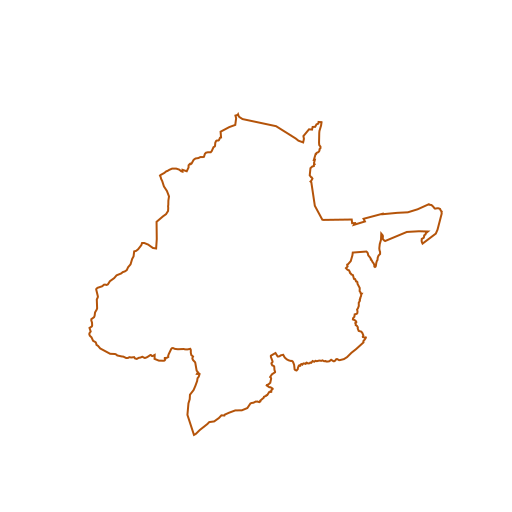 Terrenate, Tlaxcala, Mexico (Albers equal-area conic projection), rotated 151°
{"feature_id": "50627088B28943276063630", "entity_name": "Terrenate", "entity_type": "district", "adm_level": 2, "iso_a3": "MEX", "parent_name": "Mexico", "parent_adm1": "Tlaxcala", "projection": "albers", "projection_center": [-97.935, 19.48], "detail": "fine", "context": "isolated", "style": "outline", "palette": "amber", "viewbox_px": 512, "rotation_deg": 151, "n_neighbors": 0, "source": "geoboundaries", "source_scale": "gbopen_adm2", "svg_char_len": 6133}
<svg xmlns="http://www.w3.org/2000/svg" viewBox="0 0 512 512"><g transform="rotate(151 256 256)"><path d="M397.0,129.6L394.8,129.6L389.4,131.1L380.1,132.6L377.4,133.4L372.8,131.6L366.9,132.3L363.5,133.4L361.0,131.8L360.3,132.4L355.6,132.0L349.0,131.0L343.2,127.9L337.3,127.2L332.4,129.7L331.2,129.6L329.3,128.9L326.7,128.8L325.7,128.1L325.4,128.1L324.0,126.6L322.7,126.7L322.5,127.4L318.0,128.3L317.3,129.0L314.8,128.8L314.3,129.2L313.6,128.9L310.5,130.6L308.8,129.9L308.7,130.6L307.9,130.5L307.2,131.4L305.8,131.7L305.8,132.1L306.9,134.1L308.0,134.8L309.8,138.4L309.2,137.8L307.2,137.7L305.0,138.2L302.2,141.4L302.0,142.4L302.3,143.3L299.4,144.8L295.7,145.1L295.4,145.6L295.1,147.4L293.7,150.4L293.8,151.3L294.8,152.4L294.7,154.3L294.4,154.8L293.2,155.1L292.6,155.8L291.9,160.6L291.3,161.6L286.0,161.7L285.8,157.9L285.6,157.4L284.0,156.9L282.5,157.1L280.1,156.4L280.1,153.3L279.2,150.7L278.0,148.9L276.4,147.3L275.5,146.9L275.1,146.1L275.0,145.3L275.4,142.4L277.2,138.1L276.9,137.1L276.0,136.2L274.3,136.8L273.5,137.9L271.8,139.3L271.3,139.4L270.9,138.6L270.5,138.5L269.8,139.3L269.1,139.5L268.5,139.4L268.1,138.5L266.9,139.0L266.2,138.9L265.0,137.6L264.6,137.6L264.0,138.2L263.4,138.2L262.6,136.8L261.1,136.2L260.1,136.5L259.4,135.8L257.4,136.7L256.4,135.3L254.8,135.5L253.8,134.5L251.4,133.9L249.6,132.6L248.5,132.5L247.4,130.9L246.0,130.4L245.8,129.7L244.4,128.9L242.9,128.4L240.6,128.8L239.3,126.5L238.9,126.1L237.4,126.1L236.1,126.8L235.3,126.7L234.9,126.4L233.9,124.7L233.2,124.3L229.1,123.2L225.4,123.4L219.4,125.1L213.8,126.0L203.9,128.3L203.5,129.3L203.0,129.7L201.4,130.2L199.5,131.3L199.5,131.6L200.1,131.6L201.8,133.3L201.7,133.7L200.6,134.5L200.3,137.2L200.6,138.8L202.5,140.7L202.2,143.2L201.5,144.3L201.6,146.0L202.3,147.2L201.8,148.1L201.7,149.2L200.5,149.3L200.1,150.2L200.8,152.1L202.0,153.5L201.3,154.5L199.4,155.2L198.0,157.1L195.9,156.6L195.0,157.0L194.0,158.5L193.6,160.1L192.0,161.0L190.3,162.5L188.8,165.3L186.8,166.5L186.7,167.3L186.1,167.6L185.5,168.5L185.1,168.6L184.8,169.1L183.6,170.0L182.6,171.3L181.9,171.7L182.5,172.0L182.6,172.4L182.2,173.2L182.4,175.0L180.8,177.7L180.7,182.5L180.0,184.0L180.3,185.0L180.8,185.3L180.5,187.7L181.4,188.5L180.5,192.3L181.6,193.7L181.5,194.6L181.9,195.2L182.0,195.9L181.6,196.8L181.7,198.6L182.1,198.8L182.8,200.0L183.2,201.8L181.0,202.4L180.6,204.1L180.3,204.3L179.5,204.2L175.6,205.6L171.3,209.9L169.7,212.1L157.3,206.4L156.9,205.2L156.9,204.2L157.5,202.1L156.9,199.0L157.1,198.0L156.9,197.5L157.3,197.0L156.9,196.2L157.0,194.2L156.7,192.4L156.9,190.8L157.6,189.4L157.3,188.7L156.7,188.7L156.0,189.2L154.1,191.7L152.8,193.0L151.7,193.6L150.3,195.6L148.6,197.0L146.5,197.6L145.5,199.4L145.2,201.1L144.4,203.0L142.0,206.4L138.8,209.6L135.6,214.8L135.2,212.6L135.4,211.8L136.7,209.8L136.8,209.0L136.3,207.3L135.8,206.5L112.4,203.9L101.4,198.6L93.8,194.1L96.4,193.6L97.3,192.7L98.9,192.5L99.8,191.2L100.6,190.6L102.7,190.6L103.8,189.0L104.2,187.7L104.3,186.1L87.9,188.4L84.5,191.0L73.0,203.1L72.7,204.0L72.0,204.8L72.4,206.1L72.2,207.9L73.2,209.2L74.4,209.9L76.4,210.6L76.7,211.0L77.1,213.3L77.8,215.5L79.8,217.0L79.8,217.5L92.0,218.5L102.0,220.6L111.6,225.3L125.1,231.2L124.8,231.6L143.9,236.4L144.0,233.4L155.3,235.8L153.7,236.9L156.0,238.1L154.6,241.5L179.4,254.8L180.4,255.6L180.2,271.4L171.9,293.6L172.2,294.7L171.4,294.9L169.1,296.3L169.2,297.8L169.6,298.2L169.9,300.5L165.8,306.4L163.4,307.0L161.8,306.6L160.4,308.7L160.2,308.5L160.1,309.3L157.9,311.6L158.8,312.0L154.4,316.3L153.9,316.1L153.5,316.6L152.8,316.8L151.5,316.6L150.1,316.9L149.1,317.8L148.7,318.6L147.3,319.1L146.6,320.4L146.9,322.4L145.9,324.6L141.0,333.0L139.9,334.6L135.9,338.5L133.3,341.9L134.1,341.4L136.3,342.9L137.3,341.6L139.3,341.8L141.6,340.3L143.9,341.4L145.7,339.4L148.2,341.1L156.4,337.9L157.3,335.2L159.7,332.5L163.0,336.3L164.3,339.5L175.5,359.8L201.4,382.3L203.0,385.3L203.4,386.4L203.0,388.6L203.5,388.3L205.9,388.8L206.6,386.1L210.6,380.7L216.8,381.7L226.7,381.9L229.1,376.6L230.1,376.9L232.1,375.4L232.8,375.2L234.3,376.0L235.2,375.9L236.7,374.8L238.5,372.1L239.1,371.8L240.4,371.8L243.9,369.2L245.3,368.7L247.9,370.1L249.7,370.6L251.2,370.1L253.4,368.0L254.3,368.2L256.7,369.5L258.9,369.6L261.6,370.6L263.1,370.5L264.2,370.2L267.5,368.1L268.2,368.0L268.1,368.5L269.0,368.7L271.0,368.0L272.1,366.1L275.5,363.7L278.5,367.0L279.4,365.4L280.3,366.4L281.3,368.8L283.4,371.1L287.0,373.1L290.1,373.4L292.4,373.3L293.2,373.6L295.9,373.1L300.2,373.1L301.0,372.9L301.1,371.3L301.6,369.4L301.7,367.0L302.8,361.5L302.4,356.0L303.2,350.3L305.8,346.9L308.0,343.1L308.7,342.3L309.5,340.5L311.1,338.0L314.4,336.2L318.0,335.8L326.4,334.1L334.6,318.9L339.7,311.0L342.3,313.0L344.8,318.3L347.4,321.5L349.4,322.6L351.0,321.1L355.9,319.0L358.4,318.6L360.3,319.1L363.3,315.0L365.7,313.5L369.8,309.5L373.3,308.2L375.9,306.3L378.2,306.1L380.4,306.5L382.4,306.1L387.3,306.7L390.8,305.4L396.0,304.8L399.3,303.0L400.7,303.1L401.9,304.2L402.9,304.6L405.2,304.1L410.0,305.0L411.5,304.7L412.0,304.2L413.9,297.3L414.5,296.5L416.3,295.2L420.3,287.3L421.4,286.3L424.1,284.7L426.1,282.0L427.3,281.0L430.6,280.6L431.3,279.5L431.7,277.3L432.9,274.8L433.7,274.0L436.5,273.8L437.2,270.1L439.1,269.2L439.7,268.5L440.0,266.9L439.3,264.6L439.6,260.8L438.1,258.4L438.1,257.3L438.6,255.6L437.7,253.9L437.1,250.7L431.0,241.2L426.8,238.6L425.9,237.4L425.6,236.3L422.2,233.3L420.8,232.3L419.0,229.7L417.4,228.9L415.8,228.9L414.3,227.7L411.6,226.6L411.5,225.1L410.2,223.8L407.9,223.8L406.3,223.2L404.3,223.0L402.9,220.9L402.1,220.5L400.1,220.3L396.3,220.6L395.8,220.1L395.6,219.1L395.0,218.6L392.6,218.6L394.6,215.2L391.7,211.6L387.3,209.0L386.4,209.0L385.6,209.4L385.6,210.4L385.2,211.0L383.5,210.2L381.7,210.2L381.2,211.3L380.0,212.4L375.2,215.8L374.3,216.1L373.3,215.8L372.0,214.1L369.5,212.3L364.3,209.7L363.4,208.8L361.2,207.5L358.5,206.7L358.6,205.4L359.9,203.0L360.6,200.8L359.8,198.6L360.8,197.9L361.4,197.1L361.5,195.4L360.8,192.7L360.9,192.0L363.5,184.5L363.1,182.3L363.3,182.0L364.1,181.9L364.8,181.5L364.4,181.2L362.6,180.6L362.5,180.2L364.6,178.2L366.4,177.4L368.1,175.2L372.0,171.8L375.6,169.0L381.0,166.7L383.4,162.9L386.5,159.9L393.0,150.3L397.0,129.6Z" fill="none" stroke="#b45309" stroke-width="2"/></g></svg>